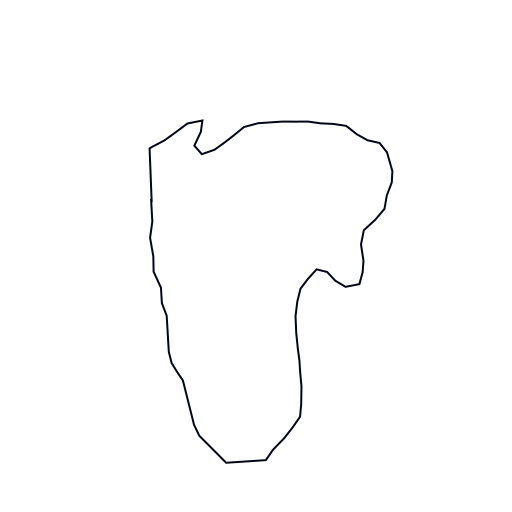 the district of VI-2 East Canje/E.C.Berb, East Berbice-Corentyne, Guyana, rotated 225°
{"feature_id": "73187651B18433747523923", "entity_name": "VI-2 East Canje/E.C.Berb", "entity_type": "district", "adm_level": 2, "iso_a3": "GUY", "parent_name": "Guyana", "parent_adm1": "East Berbice-Corentyne", "projection": "robinson", "projection_center": [-57.388, 6.209], "detail": "fine", "context": "isolated", "style": "outline", "palette": "ink", "viewbox_px": 512, "rotation_deg": 225, "n_neighbors": 0, "source": "geoboundaries", "source_scale": "gbopen_adm2", "svg_char_len": 1015}
<svg xmlns="http://www.w3.org/2000/svg" viewBox="0 0 512 512"><g transform="rotate(225 256 256)"><path d="M236.6,421.9L248.5,423.3L259.0,416.7L270.6,413.4L284.2,411.8L294.9,403.9L304.0,395.6L314.1,388.0L323.4,378.6L332.4,369.7L348.4,351.4L355.7,338.7L356.9,326.7L358.4,314.4L360.5,301.7L366.3,289.7L377.6,290.4L382.8,304.8L389.7,313.9L398.2,301.2L400.5,285.2L402.6,272.5L406.7,259.5L407.3,256.8L368.9,221.3L369.4,221.1L353.6,207.0L343.8,194.0L328.3,183.1L317.3,172.5L300.8,166.4L289.2,156.1L276.9,150.6L249.8,126.5L239.8,120.6L230.1,118.3L219.7,116.3L211.8,111.6L180.6,92.9L169.0,88.8L130.9,88.7L104.7,118.6L107.0,131.0L107.2,146.7L108.9,160.8L111.2,173.5L119.3,183.2L131.7,196.0L143.0,205.4L151.4,212.8L160.7,219.9L173.1,230.0L185.5,241.4L194.5,252.9L201.4,264.3L203.1,276.6L203.7,289.4L194.4,295.0L182.5,294.6L170.9,297.5L163.0,309.2L169.1,319.9L176.6,328.6L189.9,338.4L198.0,350.5L197.3,365.9L198.5,380.2L206.3,391.3L212.0,404.0L219.5,412.4L236.6,421.9Z" fill="none" stroke="#020617" stroke-width="2"/></g></svg>